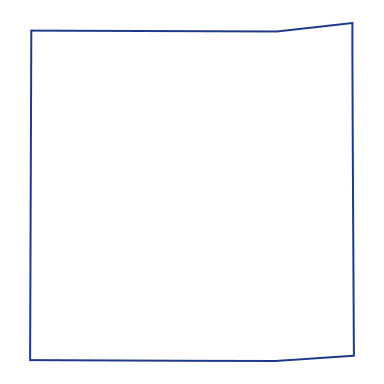 the district of Madison, Iowa, United States of America
{"feature_id": "52423323B39723514733384", "entity_name": "Madison", "entity_type": "district", "adm_level": 2, "iso_a3": "USA", "parent_name": "United States of America", "parent_adm1": "Iowa", "projection": "orthographic", "projection_center": [-93.933, 41.334], "detail": "fine", "context": "isolated", "style": "outline", "palette": "blue", "viewbox_px": 384, "rotation_deg": 0, "n_neighbors": 0, "source": "geoboundaries", "source_scale": "gbopen_adm2", "svg_char_len": 253}
<svg xmlns="http://www.w3.org/2000/svg" viewBox="0 0 384 384"><path d="M192.9,360.8L275.5,361.0L353.9,355.7L353.0,189.1L352.6,105.5L352.4,53.8L352.4,23.0L276.8,31.5L31.3,30.6L30.1,360.1L192.9,360.8Z" fill="none" stroke="#1e3a8a" stroke-width="2"/></svg>